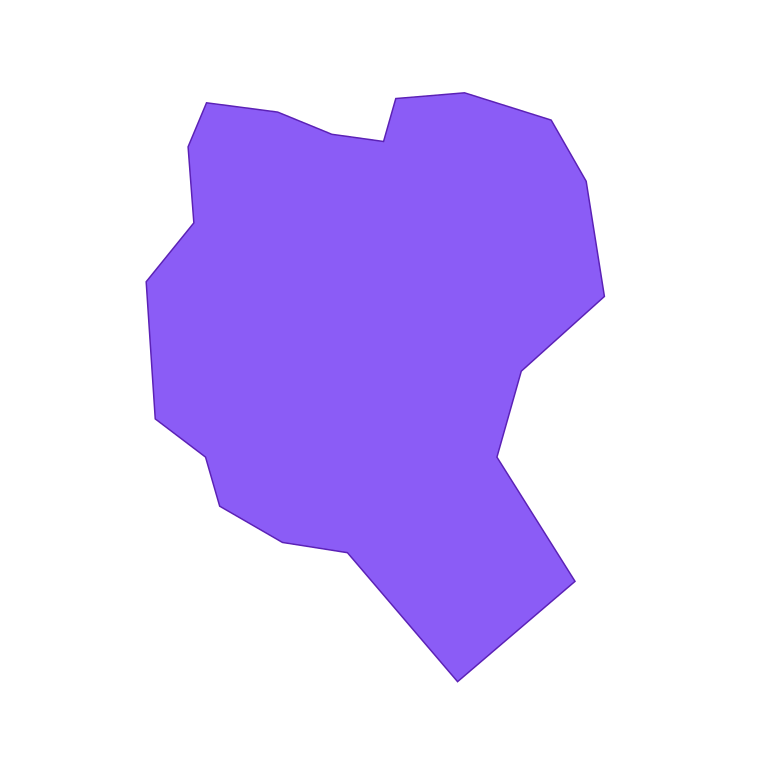 map outline of Żabbar (Albers equal-area conic projection), rotated 81°
{"feature_id": "MLT-5956", "entity_name": "Żabbar", "entity_type": "state/province", "adm_level": 1, "iso_a3": "MLT", "parent_name": "Malta", "parent_adm1": "", "projection": "albers", "projection_center": [14.539, 35.872], "detail": "fine", "context": "isolated", "style": "filled", "palette": "violet", "viewbox_px": 768, "rotation_deg": 81, "n_neighbors": 0, "source": "natural_earth", "source_scale": "10m", "svg_char_len": 432}
<svg xmlns="http://www.w3.org/2000/svg" viewBox="0 0 768 768"><g transform="rotate(81 384 384)"><path d="M608.8,226.2L689.5,357.9L544.9,446.5L524.6,509.1L479.0,565.4L428.3,571.7L382.7,615.4L245.8,602.9L195.1,546.6L119.1,540.4L78.5,515.3L98.8,446.5L129.2,396.5L144.4,346.5L103.9,327.7L109.0,258.9L149.5,177.6L215.4,152.6L332.0,152.6L392.8,246.4L473.9,283.9L608.8,226.2Z" fill="#8b5cf6" stroke="#5b21b6" stroke-width="1.5"/></g></svg>